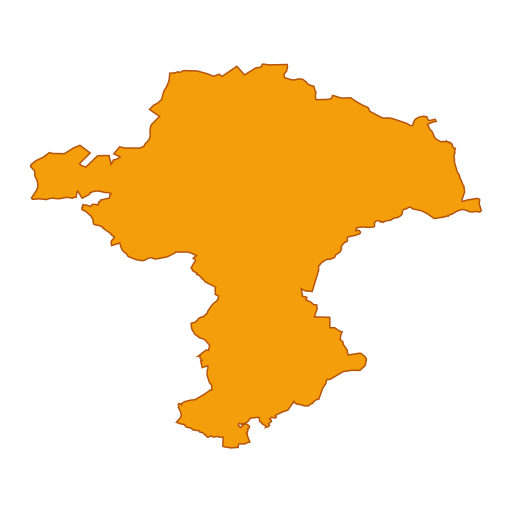 the district of Mirsid, Salaj, Romania
{"feature_id": "2599482B66658090524477", "entity_name": "Mirsid", "entity_type": "district", "adm_level": 2, "iso_a3": "ROU", "parent_name": "Romania", "parent_adm1": "Salaj", "projection": "robinson", "projection_center": [23.142, 47.219], "detail": "fine", "context": "isolated", "style": "filled", "palette": "amber", "viewbox_px": 512, "rotation_deg": 0, "n_neighbors": 0, "source": "geoboundaries", "source_scale": "gbopen_adm2", "svg_char_len": 6026}
<svg xmlns="http://www.w3.org/2000/svg" viewBox="0 0 512 512"><path d="M238.3,447.4L238.1,445.6L239.0,443.9L245.1,443.9L247.4,442.5L249.7,442.3L249.8,441.8L248.0,437.5L247.1,434.2L247.5,433.8L246.4,432.5L247.6,431.4L248.0,429.8L247.6,428.8L249.1,428.0L249.5,427.2L249.2,425.8L245.8,423.6L243.3,424.9L240.4,427.6L238.3,425.6L238.8,425.1L238.5,424.2L239.2,423.6L239.8,423.3L241.8,424.4L243.1,423.5L244.4,423.7L247.9,421.5L250.3,418.2L258.4,417.2L258.9,418.1L259.5,418.2L259.3,418.7L259.7,421.4L261.5,422.5L261.9,423.6L266.3,426.4L265.6,427.4L268.6,426.5L269.5,425.3L268.5,423.7L271.5,421.3L270.8,419.7L269.6,419.1L270.6,417.9L271.2,417.4L275.6,417.9L276.2,416.6L275.4,415.6L275.5,415.2L282.9,411.8L287.7,410.2L294.0,401.4L295.0,403.0L297.1,404.2L299.8,404.4L304.4,405.9L306.5,405.9L308.7,405.7L310.2,404.3L312.5,403.3L314.5,401.0L316.4,399.6L318.7,399.3L322.9,387.7L325.8,383.7L326.6,380.2L327.2,379.4L329.8,379.5L343.2,371.6L351.8,370.3L359.9,370.4L364.6,366.1L365.3,364.9L366.4,359.7L366.3,358.7L365.0,356.7L361.2,353.5L359.6,353.2L348.3,355.0L347.4,352.4L347.3,350.3L343.2,344.3L343.0,341.9L340.2,339.5L340.7,335.3L342.2,331.9L339.4,331.0L334.6,327.7L330.0,327.8L329.7,317.3L314.4,316.9L317.3,308.2L316.6,306.7L316.9,305.0L313.7,304.7L310.7,302.0L305.9,299.8L306.9,297.3L302.5,296.2L301.3,288.8L305.7,291.0L312.2,291.4L318.7,270.0L318.5,266.0L319.6,265.3L320.7,263.5L325.4,260.0L326.3,260.0L327.8,258.9L329.5,259.5L334.6,257.5L335.8,254.8L340.5,251.6L340.6,250.5L341.5,248.9L341.1,248.0L341.3,246.7L342.4,244.7L344.8,242.4L347.1,241.4L347.5,240.5L347.2,239.2L347.8,236.9L355.1,235.4L359.8,233.7L360.5,232.5L359.6,230.7L357.1,230.0L355.9,230.8L356.5,227.6L363.5,227.0L368.6,227.4L373.8,226.9L374.6,226.1L374.4,223.3L375.0,222.1L376.2,221.0L378.9,220.5L379.8,221.1L380.2,222.1L382.5,221.6L382.9,222.4L386.1,220.8L390.6,220.2L394.3,217.8L397.0,217.7L398.5,217.1L400.7,215.7L402.2,213.9L402.3,211.6L403.5,209.4L406.2,208.9L408.8,207.3L410.5,207.2L412.6,208.8L421.2,210.7L426.7,213.3L434.1,218.5L444.1,217.0L447.3,215.9L448.1,216.3L449.3,215.0L452.4,213.9L457.0,211.1L462.0,209.5L465.2,209.9L469.4,211.7L472.0,211.9L477.0,211.5L479.8,212.1L481.3,210.7L479.1,203.3L479.8,199.9L478.9,199.0L477.2,198.4L467.1,200.0L462.7,201.4L462.0,201.0L461.8,200.1L464.6,192.1L463.9,186.2L463.3,185.7L461.2,180.4L460.3,178.9L459.2,174.7L457.3,172.1L454.4,162.0L454.5,159.2L453.8,156.8L454.3,154.3L454.8,153.5L454.7,151.3L455.2,148.6L454.7,148.9L453.0,146.9L452.3,145.7L452.3,144.4L450.1,142.4L448.7,142.7L448.3,142.5L448.5,142.0L446.2,141.5L446.1,140.9L444.9,141.9L443.4,141.4L442.0,141.9L439.9,141.3L436.8,139.6L434.9,137.9L431.9,131.3L430.2,129.8L427.5,124.4L433.6,121.8L436.2,121.5L435.3,119.3L428.6,120.7L426.7,116.7L424.8,116.7L424.1,116.2L420.0,116.9L417.2,118.0L414.9,119.7L413.3,122.9L413.0,125.4L410.4,125.6L406.5,123.3L392.5,118.6L389.5,118.0L383.3,118.1L380.3,116.9L369.6,111.2L368.5,108.1L367.1,107.1L362.4,105.1L354.9,100.8L350.8,97.8L341.4,98.1L332.8,95.4L332.4,95.6L332.3,97.0L331.0,98.7L327.4,99.4L316.1,99.7L315.4,96.6L315.6,93.3L316.0,92.3L314.7,89.6L313.9,86.3L309.5,85.0L307.9,84.0L306.0,81.8L303.1,79.6L301.7,79.1L298.1,79.0L293.9,80.0L290.3,79.5L284.5,77.6L284.1,75.9L284.4,73.7L286.3,71.5L286.8,70.2L287.5,67.2L287.2,64.5L269.3,64.9L263.2,64.1L262.4,64.3L261.0,67.0L255.4,68.1L244.6,74.9L236.8,66.3L222.0,76.5L219.2,74.2L213.7,76.3L207.0,73.7L197.4,71.0L183.7,70.6L180.3,72.3L177.4,71.9L175.3,72.8L169.8,73.2L169.1,80.0L168.2,83.0L166.8,86.3L163.8,91.2L161.6,99.4L157.5,103.3L154.0,104.9L149.5,109.4L159.5,116.5L151.4,124.6L150.2,128.1L150.0,131.7L150.3,136.3L149.7,137.1L149.6,138.6L147.9,141.1L145.0,144.0L143.7,146.5L139.5,148.1L124.4,148.0L119.7,146.8L113.8,153.8L119.3,156.5L120.2,157.0L120.1,157.4L116.2,159.4L113.5,159.9L111.8,163.4L110.9,164.3L110.8,162.1L109.2,157.1L109.2,155.7L104.9,155.5L97.6,155.8L85.8,167.1L81.1,165.3L79.5,163.6L90.2,153.0L79.9,145.3L73.7,147.9L64.4,153.7L53.0,153.5L49.4,152.6L43.4,157.1L35.9,160.7L31.0,164.7L30.7,166.7L34.7,171.1L34.9,176.0L37.1,180.6L37.9,185.1L37.9,186.6L36.5,190.5L31.5,197.8L32.4,199.3L39.8,198.8L46.2,199.6L51.1,198.1L59.0,198.8L66.5,197.3L72.7,198.2L73.8,197.3L76.1,197.4L77.0,192.2L77.7,191.1L82.2,198.2L88.7,194.8L90.1,193.5L90.0,192.7L95.0,191.1L98.7,191.0L105.5,192.6L109.1,192.6L110.8,193.4L110.9,194.1L110.0,194.6L109.3,198.1L100.5,200.1L100.2,201.5L98.9,201.8L98.4,204.6L97.5,204.4L96.8,204.9L95.8,204.4L92.2,204.4L90.7,206.5L85.9,205.0L82.8,204.8L82.7,207.2L82.0,207.3L81.9,209.5L86.0,211.6L91.2,216.3L92.9,219.5L93.5,223.8L94.3,224.5L99.8,225.8L102.6,227.1L103.4,227.8L103.0,228.1L111.5,234.1L111.1,234.6L114.5,237.1L111.5,240.9L111.2,241.9L111.6,245.6L119.7,243.0L121.8,249.4L123.6,251.6L126.8,254.2L127.7,255.9L128.6,256.7L136.2,259.6L142.0,260.7L144.2,260.4L148.6,258.1L151.8,257.6L154.5,259.0L156.7,258.9L167.4,256.8L174.9,253.0L175.6,252.1L187.9,252.0L191.3,253.1L196.4,255.5L193.2,258.3L195.2,259.4L195.5,260.4L191.0,268.1L192.4,269.1L192.4,270.2L193.3,271.2L196.9,273.1L196.6,274.5L199.0,275.2L202.1,278.7L203.9,280.1L205.1,281.8L214.9,286.8L215.6,287.6L215.1,288.9L215.4,292.5L215.1,294.2L218.4,296.0L218.2,298.7L216.7,301.0L213.4,303.5L210.7,306.8L208.0,310.8L207.3,313.0L202.8,317.0L200.9,317.1L198.7,318.4L197.2,320.4L194.8,322.3L191.3,323.2L191.1,325.2L192.1,329.7L194.9,334.2L199.8,338.0L202.9,338.7L205.6,340.5L209.7,345.4L208.5,350.4L207.8,350.0L205.9,350.2L198.1,356.2L200.1,355.9L200.0,357.9L202.1,360.5L200.7,360.9L202.2,367.6L207.7,365.8L208.0,367.9L207.2,370.6L207.1,375.4L209.4,382.4L211.5,385.1L212.0,389.9L210.3,390.0L204.4,394.2L195.0,399.7L190.7,400.1L184.5,401.7L181.8,403.4L181.6,404.9L179.8,403.6L178.6,403.7L178.3,404.6L178.8,407.0L178.3,407.4L180.5,411.5L181.3,415.4L180.5,417.5L176.4,422.3L181.1,424.0L184.1,424.4L186.3,427.1L191.1,428.1L193.2,430.0L199.1,430.8L199.9,432.2L202.2,432.4L204.1,433.8L204.6,434.8L206.0,435.1L206.3,436.0L207.7,437.3L210.9,436.0L213.8,437.1L216.5,436.5L218.8,436.7L219.2,437.1L223.2,437.3L222.8,446.1L224.1,446.8L230.8,447.9L238.3,447.4Z" fill="#f59e0b" stroke="#b45309" stroke-width="1.5"/></svg>